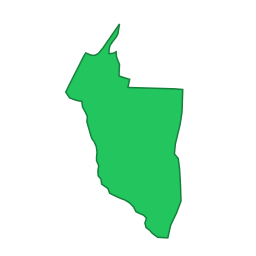 outline of Kamukunji, Nairobi, Kenya, rotated 104°
{"feature_id": "3690345B2174573011329", "entity_name": "Kamukunji", "entity_type": "district", "adm_level": 2, "iso_a3": "KEN", "parent_name": "Kenya", "parent_adm1": "Nairobi", "projection": "orthographic", "projection_center": [36.857, -1.275], "detail": "fine", "context": "isolated", "style": "filled", "palette": "green", "viewbox_px": 256, "rotation_deg": 104, "n_neighbors": 0, "source": "geoboundaries", "source_scale": "gbopen_adm2", "svg_char_len": 1125}
<svg xmlns="http://www.w3.org/2000/svg" viewBox="0 0 256 256"><g transform="rotate(104 128 128)"><path d="M225.0,62.8L212.1,63.1L205.0,61.7L198.9,60.4L186.1,58.9L170.6,63.3L154.8,68.2L145.4,71.9L141.9,76.7L132.0,78.2L112.6,78.3L107.4,78.7L100.1,79.4L96.4,80.1L77.4,84.2L78.7,92.1L88.7,137.9L80.4,138.2L80.1,143.9L79.7,149.2L76.5,150.0L68.4,151.6L64.4,154.6L61.2,156.6L56.9,158.0L59.1,160.4L60.4,164.5L56.0,165.4L52.1,165.4L47.4,163.6L42.8,161.5L39.3,160.6L29.1,161.4L46.7,168.0L56.5,171.7L62.7,174.7L65.4,177.5L66.3,181.1L65.4,187.1L69.4,188.4L77.4,190.2L101.0,195.6L108.3,197.1L112.9,192.0L113.4,188.0L113.7,183.5L113.3,179.3L118.6,177.2L123.8,172.5L126.7,170.2L131.7,169.5L135.9,167.1L140.2,164.6L144.3,162.3L147.2,160.3L149.4,157.6L153.7,154.3L159.0,152.2L163.8,151.5L167.4,150.6L171.5,147.3L176.5,146.9L181.6,145.4L184.1,141.9L188.9,139.9L191.5,132.9L195.7,130.0L196.7,125.7L197.5,121.6L198.2,117.3L198.6,113.5L200.3,108.3L203.2,103.6L207.3,100.0L208.1,96.3L208.8,91.8L210.9,88.3L216.1,88.6L220.1,86.5L222.0,82.3L224.3,78.9L225.6,76.0L226.9,72.6L225.0,62.8Z" fill="#22c55e" stroke="#15803d" stroke-width="1.5"/></g></svg>